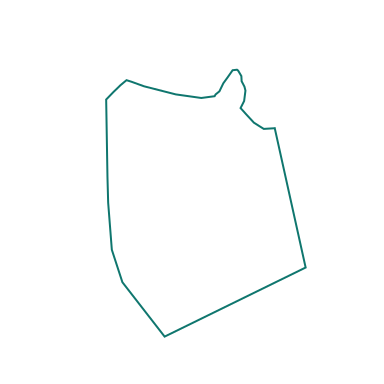 Al-Kharga Oasis, Al Wadi at Jadid, Egypt, rotated 323°
{"feature_id": "37247803B20145410144228", "entity_name": "Al-Kharga Oasis", "entity_type": "district", "adm_level": 2, "iso_a3": "EGY", "parent_name": "Egypt", "parent_adm1": "Al Wadi at Jadid", "projection": "robinson", "projection_center": [32.312, 25.153], "detail": "fine", "context": "isolated", "style": "outline", "palette": "teal", "viewbox_px": 384, "rotation_deg": 323, "n_neighbors": 0, "source": "geoboundaries", "source_scale": "gbopen_adm2", "svg_char_len": 824}
<svg xmlns="http://www.w3.org/2000/svg" viewBox="0 0 384 384"><g transform="rotate(323 192 192)"><path d="M83.1,291.0L237.3,320.7L296.5,190.8L295.9,190.5L287.3,184.8L284.8,178.3L284.8,178.2L284.7,177.8L284.5,177.5L284.3,176.9L283.1,173.7L283.1,173.4L283.1,173.2L283.0,172.2L282.0,162.4L282.0,162.2L281.3,154.2L288.4,150.7L295.7,143.2L297.3,139.4L298.3,133.4L301.2,129.1L301.2,128.4L301.3,128.2L301.9,122.8L301.9,122.7L301.8,122.4L301.7,122.3L301.7,122.2L301.6,121.9L301.6,121.7L301.5,121.4L297.7,119.2L289.4,121.9L282.5,124.0L274.5,128.1L269.5,128.3L267.7,129.1L256.0,122.5L250.4,116.9L237.8,104.3L217.3,78.7L210.0,67.5L207.0,63.3L206.9,63.3L206.7,63.3L198.3,63.7L198.2,63.8L190.0,64.8L189.9,64.8L179.1,66.5L133.4,129.3L118.6,150.1L93.2,189.9L82.1,222.2L83.1,291.0Z" fill="none" stroke="#0f766e" stroke-width="2"/></g></svg>